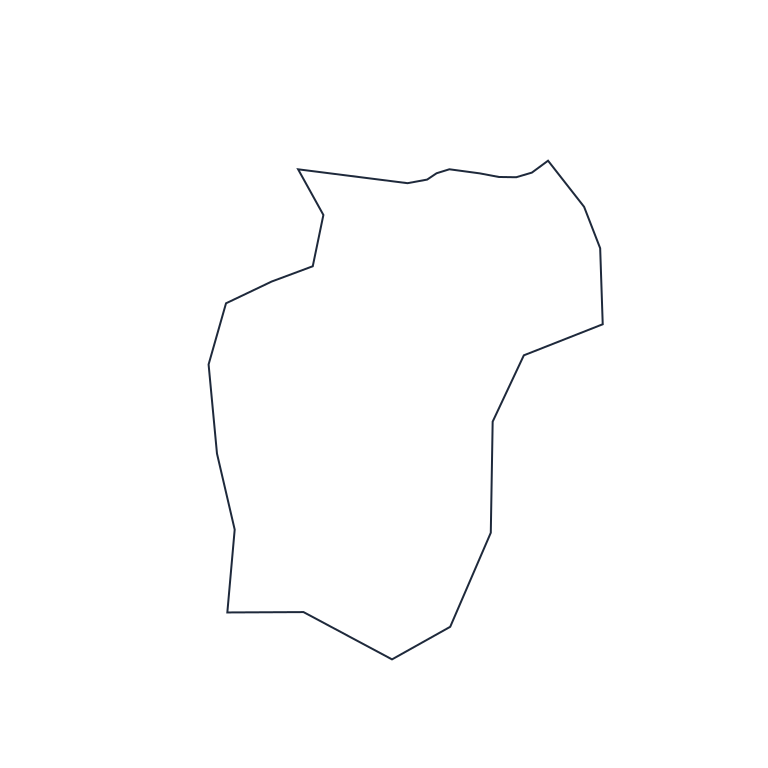 the state/province of São Domingos, rotated 305°
{"feature_id": "CPV-5051", "entity_name": "São Domingos", "entity_type": "state/province", "adm_level": 1, "iso_a3": "CPV", "parent_name": "Cabo Verde", "parent_adm1": "", "projection": "albers", "projection_center": [-23.501, 15.012], "detail": "fine", "context": "isolated", "style": "outline", "palette": "slate", "viewbox_px": 768, "rotation_deg": 305, "n_neighbors": 0, "source": "natural_earth", "source_scale": "10m", "svg_char_len": 502}
<svg xmlns="http://www.w3.org/2000/svg" viewBox="0 0 768 768"><g transform="rotate(305 384 384)"><path d="M510.6,190.5L562.0,288.1L576.2,302.1L586.8,306.2L597.4,314.4L611.5,341.7L619.5,359.4L629.2,373.7L642.0,383.9L661.0,390.3L643.9,446.3L619.2,483.2L558.4,528.9L487.7,482.1L415.5,494.6L323.4,556.8L223.1,577.5L163.0,548.5L151.0,448.9L107.0,386.7L179.1,345.2L231.2,287.1L299.4,229.1L359.5,208.3L403.5,233.2L439.6,258.1L487.7,237.4L510.6,190.5Z" fill="none" stroke="#1e293b" stroke-width="2"/></g></svg>